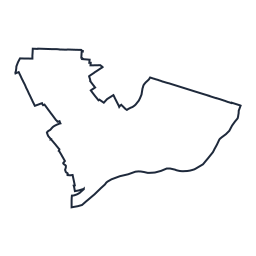 Borcea, Calarasi, Romania
{"feature_id": "2599482B41605099855928", "entity_name": "Borcea", "entity_type": "district", "adm_level": 2, "iso_a3": "ROU", "parent_name": "Romania", "parent_adm1": "Calarasi", "projection": "natural_earth1", "projection_center": [27.773, 44.309], "detail": "fine", "context": "isolated", "style": "outline", "palette": "slate", "viewbox_px": 256, "rotation_deg": 0, "n_neighbors": 0, "source": "geoboundaries", "source_scale": "gbopen_adm2", "svg_char_len": 5174}
<svg xmlns="http://www.w3.org/2000/svg" viewBox="0 0 256 256"><path d="M86.8,200.8L87.1,200.6L91.8,196.6L94.8,194.1L95.3,193.5L95.7,193.2L96.7,192.2L99.7,189.3L100.8,188.2L101.8,187.3L104.9,184.5L106.3,182.6L107.5,181.6L111.5,179.3L119.9,176.2L128.1,174.3L135.4,171.7L138.4,171.4L140.8,171.5L143.9,172.0L147.4,172.8L147.8,172.9L148.6,172.9L152.4,172.7L155.0,172.5L158.0,171.7L161.0,170.9L166.8,168.5L170.0,168.5L174.4,169.5L175.2,169.7L175.8,170.0L176.7,170.3L178.4,170.7L179.9,171.0L180.9,171.1L182.2,171.2L183.2,171.2L187.3,171.0L188.0,170.9L189.9,170.6L192.2,170.0L194.2,169.4L195.4,168.8L199.8,166.2L203.0,164.3L205.4,161.4L208.0,158.3L212.9,152.2L214.1,149.9L214.6,148.8L214.7,148.7L216.3,145.8L217.1,144.3L219.2,139.8L219.8,138.9L221.7,137.3L222.8,136.5L225.9,134.2L229.3,130.8L232.0,125.7L232.4,125.1L235.0,121.5L237.6,118.4L238.1,116.5L238.3,115.0L238.6,113.5L238.7,111.6L238.7,110.8L240.6,105.6L240.4,105.5L238.9,105.0L231.7,102.7L231.6,103.1L231.4,103.1L231.2,103.0L230.9,102.9L228.8,102.2L228.3,102.1L228.0,102.0L227.3,101.8L226.7,101.5L226.0,101.3L225.6,101.1L225.4,101.0L223.4,100.4L222.7,100.1L221.3,99.7L220.9,99.5L220.2,99.3L219.6,99.1L219.2,99.0L218.2,98.7L216.3,98.1L216.2,98.2L209.9,96.2L208.4,95.7L208.5,95.6L205.8,94.8L205.7,94.8L205.4,94.7L193.1,90.9L192.5,90.7L168.6,83.2L167.9,83.1L167.3,82.9L166.9,82.8L166.5,82.7L166.2,82.6L162.9,81.6L162.6,81.6L161.9,81.3L161.7,81.2L160.6,80.8L159.0,80.3L157.7,79.8L157.2,79.7L155.1,79.1L154.4,78.8L153.8,78.7L151.7,78.0L150.1,77.5L149.9,77.8L149.0,79.3L148.0,80.3L146.7,81.5L145.7,82.4L144.2,84.2L143.8,84.7L143.2,86.1L143.0,87.0L142.5,88.5L141.5,94.6L140.0,98.2L138.8,100.6L138.0,101.6L135.6,104.6L134.5,105.6L132.5,107.0L130.7,107.7L128.2,109.0L126.9,109.9L125.5,109.0L122.6,106.1L121.9,105.5L121.6,105.2L121.3,104.8L120.7,105.2L120.4,105.3L120.1,105.6L120.0,105.9L119.6,106.3L119.2,106.9L118.8,105.9L118.0,104.3L114.9,98.2L113.7,95.6L113.4,95.1L109.1,97.8L107.1,99.1L106.8,99.4L103.8,102.7L101.9,101.4L100.3,100.3L99.6,99.8L99.5,99.7L98.5,100.3L97.0,98.4L95.1,96.1L92.2,92.3L90.8,90.4L92.2,89.4L93.2,88.8L94.4,88.0L95.1,87.5L94.6,86.9L94.2,86.3L93.0,84.8L90.8,81.9L90.2,81.1L90.3,81.0L90.4,80.9L90.4,80.7L90.3,80.4L90.2,80.0L90.0,79.1L89.5,77.6L89.1,76.4L89.1,76.2L90.5,75.2L93.5,73.2L94.4,72.6L94.5,72.4L95.9,71.5L96.0,71.5L97.5,70.5L101.1,68.1L101.8,67.7L102.4,67.3L102.6,67.1L102.1,66.6L101.1,65.9L100.3,65.2L93.9,65.3L92.8,65.3L92.7,65.3L90.5,65.3L90.7,62.8L89.3,62.8L89.6,59.7L87.2,59.5L83.5,59.2L82.4,59.1L82.7,58.6L82.2,58.3L82.0,58.0L81.8,58.0L81.3,57.8L81.7,51.4L82.8,51.5L82.8,51.0L82.0,51.0L81.5,50.5L81.5,50.4L81.4,50.0L81.2,49.9L75.9,49.8L67.6,49.5L67.4,49.5L66.7,49.7L65.9,49.7L60.7,49.5L59.9,49.5L59.6,49.5L59.0,49.3L58.4,49.3L57.8,49.2L54.6,49.1L51.2,49.1L39.5,48.7L38.2,48.7L38.2,48.8L37.3,48.9L32.8,48.7L32.8,49.4L32.7,49.6L32.7,50.6L32.6,52.2L32.6,52.6L32.5,54.2L32.4,55.3L32.4,58.6L23.4,58.5L20.0,58.4L18.0,62.2L16.8,65.3L16.7,65.6L16.5,66.2L16.4,66.3L16.4,66.5L16.3,67.6L16.3,68.1L16.0,70.2L16.0,70.5L15.9,70.9L15.7,71.6L15.4,72.5L15.4,73.0L15.5,73.4L16.8,72.8L18.3,72.3L18.7,72.1L19.0,72.6L19.4,73.6L19.9,74.6L20.3,75.4L20.5,75.8L20.8,76.5L21.0,76.9L21.4,77.8L22.1,79.3L22.8,80.6L23.1,81.2L23.2,81.5L24.0,83.0L24.6,84.2L25.0,85.0L25.3,85.7L26.2,87.9L26.6,88.7L27.0,89.4L28.0,91.5L28.3,92.2L29.1,94.0L29.6,94.9L30.3,96.4L30.9,97.6L31.3,98.6L31.6,99.1L32.1,100.1L32.4,100.9L32.7,101.5L34.6,105.3L34.7,105.6L34.8,105.8L35.3,105.7L36.5,105.2L38.2,104.6L40.8,103.6L42.0,103.2L42.1,103.5L42.2,103.9L42.3,104.1L42.5,104.4L42.8,104.8L43.1,105.2L44.5,104.6L44.9,105.2L45.8,106.3L46.4,107.2L46.9,107.8L48.1,109.5L49.4,111.2L50.5,112.7L51.1,113.6L51.5,114.0L55.5,119.4L55.7,119.7L55.9,120.0L56.4,120.4L57.0,120.9L57.1,121.0L57.2,121.4L57.3,121.5L57.5,121.7L57.7,121.8L59.2,121.3L59.5,121.2L60.0,122.5L60.2,123.0L60.4,123.4L59.6,123.6L58.9,123.8L58.1,124.2L57.3,124.5L56.8,124.7L56.4,124.9L55.2,125.5L54.6,125.8L53.5,126.5L53.0,126.9L52.5,127.3L52.1,127.8L51.3,128.6L51.1,128.9L50.7,129.4L50.4,129.7L50.3,129.8L50.0,130.0L48.3,131.0L47.8,131.4L47.8,131.5L47.6,131.7L47.2,132.2L46.9,132.4L46.9,132.6L47.7,134.9L48.1,135.7L48.2,136.0L48.4,136.3L49.8,137.9L50.6,138.8L50.8,138.9L50.7,139.0L50.8,139.1L50.9,139.3L50.8,139.5L51.0,139.5L51.3,139.7L51.8,140.2L52.2,140.7L53.9,142.7L54.3,143.2L55.1,144.1L56.0,145.2L56.2,145.5L57.7,147.3L57.9,147.6L59.4,149.3L59.4,149.5L59.3,149.9L58.8,150.8L59.0,150.9L59.4,151.5L59.7,152.0L60.0,152.5L60.8,153.8L61.9,155.7L61.9,155.8L62.0,156.0L63.1,157.8L63.3,158.2L64.2,159.8L64.9,161.0L64.0,162.1L63.2,163.1L63.3,163.5L64.0,164.3L65.4,165.2L65.9,165.9L65.8,167.6L65.6,168.3L65.1,169.7L65.2,170.3L65.5,171.0L65.7,171.8L66.2,172.4L67.5,173.2L67.7,173.7L67.8,174.1L67.6,174.6L67.4,174.8L67.4,175.0L67.5,175.1L70.1,175.3L70.3,175.3L71.1,175.2L72.6,175.0L74.8,185.4L73.7,185.6L73.8,185.9L74.1,187.0L74.9,191.1L78.5,190.5L79.1,190.3L82.4,189.3L83.6,189.0L83.7,188.9L83.8,188.8L83.8,189.0L83.7,189.1L83.7,189.3L83.3,189.6L80.4,192.2L79.9,192.7L78.6,193.5L77.9,193.9L77.1,194.3L76.4,194.6L75.2,195.0L74.0,195.4L73.4,195.5L71.9,195.6L71.7,197.8L71.6,200.4L71.6,207.3L73.3,207.0L77.8,206.2L82.0,205.0L85.3,202.1L86.8,200.8Z" fill="none" stroke="#1e293b" stroke-width="2"/></svg>